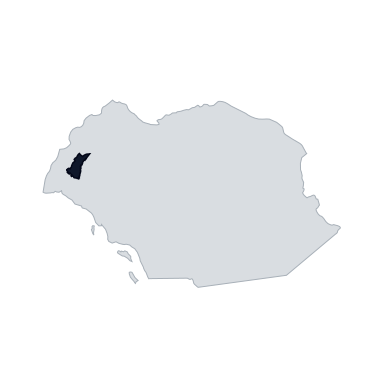 Nachingwea, Lindi, United Republic of Tanzania shown in context, rotated 140°
{"feature_id": "72390352B76457855664867", "entity_name": "Nachingwea", "entity_type": "district", "adm_level": 2, "iso_a3": "TZA", "parent_name": "United Republic of Tanzania", "parent_adm1": "Lindi", "projection": "robinson", "projection_center": [38.431, -10.327], "detail": "fine", "context": "in_parent", "style": "filled", "palette": "ink", "viewbox_px": 384, "rotation_deg": 140, "n_neighbors": 0, "source": "geoboundaries", "source_scale": "gbopen_adm2", "svg_char_len": 7346}
<svg xmlns="http://www.w3.org/2000/svg" viewBox="0 0 384 384"><g transform="rotate(140 192 192)"><path d="M151.9,263.0L148.6,261.0L145.5,259.8L143.0,258.5L141.9,257.2L139.6,256.7L137.6,256.4L135.7,255.2L131.9,254.8L131.4,254.0L131.4,252.2L130.7,251.7L129.3,251.2L127.8,251.3L126.9,251.5L126.4,251.4L125.1,250.3L123.9,249.0L123.5,246.8L121.7,245.5L119.7,244.4L114.1,244.5L113.2,244.2L111.9,243.1L110.3,241.3L109.0,239.2L107.9,236.4L106.8,232.7L100.3,217.7L99.6,214.9L98.3,211.7L96.2,207.9L94.0,205.0L91.1,202.4L87.7,199.8L85.9,198.1L82.4,191.0L81.7,187.7L81.1,184.3L81.3,182.9L83.5,178.5L83.7,177.3L83.4,175.6L82.3,172.1L81.0,167.8L78.2,160.1L77.8,158.1L77.8,156.6L79.4,148.8L79.4,147.7L85.8,147.8L90.5,144.3L94.6,139.2L95.4,137.0L97.1,133.7L98.8,132.1L99.4,130.9L100.3,127.6L102.5,125.4L104.6,123.7L104.1,122.5L104.4,122.0L105.6,121.1L107.8,120.3L108.2,118.6L108.2,116.6L107.9,115.5L107.9,114.3L107.6,113.6L106.1,113.4L104.0,112.4L102.1,112.0L100.9,111.5L100.5,111.0L100.3,109.8L101.3,106.8L100.3,105.6L102.5,100.6L102.9,100.0L103.7,99.9L105.0,99.4L106.2,99.1L107.2,99.3L107.9,99.1L108.5,98.5L109.1,96.8L109.5,94.0L109.3,91.7L108.3,89.9L108.1,87.2L108.5,83.5L108.2,80.5L107.1,78.1L106.1,76.6L104.5,76.0L101.9,72.3L101.1,70.5L101.3,69.3L102.1,68.9L103.8,69.0L105.3,68.6L106.7,67.6L108.1,67.3L108.8,67.5L173.2,67.5L248.5,115.0L248.8,115.6L249.4,119.7L249.3,121.0L248.1,123.4L247.8,124.6L247.8,125.5L248.1,125.8L249.1,126.0L249.9,126.5L250.2,127.0L250.8,128.7L251.7,129.6L280.3,153.0L280.9,153.3L280.5,155.3L278.9,160.0L278.8,162.0L278.2,164.3L277.5,165.9L275.9,172.5L274.5,175.0L272.6,180.9L272.3,185.4L273.4,188.5L273.8,191.4L276.0,194.3L277.7,195.3L278.9,196.7L281.0,199.7L282.2,202.7L286.0,204.2L287.5,207.6L287.0,209.9L285.2,211.8L283.6,214.9L282.2,219.0L282.2,225.3L283.1,224.4L285.1,225.9L285.4,230.5L283.3,235.9L282.7,238.4L282.6,240.6L284.0,247.0L286.3,250.3L286.1,251.3L285.6,252.2L289.4,258.0L289.1,263.0L290.6,267.0L291.2,270.4L292.2,273.0L292.3,274.8L291.1,276.8L294.0,277.3L295.6,278.9L296.4,280.5L298.5,280.4L299.6,281.5L301.2,282.4L304.7,285.0L305.7,286.3L306.2,287.6L296.5,295.9L293.0,298.0L290.5,299.0L287.8,299.5L285.3,300.9L282.9,302.9L279.8,303.9L276.0,303.9L272.1,305.4L265.9,309.7L262.3,307.3L259.5,306.5L256.2,306.6L254.2,306.9L253.5,307.4L252.9,308.9L252.4,311.3L250.3,313.6L246.5,315.8L243.1,316.6L239.9,316.0L237.8,315.1L236.7,313.8L235.0,313.2L232.9,313.3L230.8,314.2L228.8,316.0L225.6,316.7L221.3,316.5L218.9,315.7L218.6,314.2L216.7,312.5L213.2,310.6L210.6,310.6L209.0,312.4L207.5,313.6L206.1,314.1L204.9,314.1L203.2,313.6L198.3,313.4L193.8,313.5L193.3,310.8L192.4,309.2L191.5,308.2L190.0,308.0L189.5,307.2L189.0,305.6L188.2,304.2L187.2,303.0L186.6,301.9L186.3,300.9L186.5,299.8L187.5,297.1L187.7,295.2L187.6,293.3L187.1,291.3L186.0,289.0L186.1,288.3L185.8,286.7L185.7,285.6L185.9,284.2L185.7,282.4L184.8,278.5L184.8,277.5L183.8,275.6L180.7,271.1L180.6,270.5L175.8,266.0L173.9,265.0L173.2,265.9L173.0,266.7L173.2,268.1L173.1,268.8L172.9,269.2L171.7,269.1L171.0,268.9L169.2,267.7L167.8,267.4L164.3,267.7L163.1,267.9L162.2,267.7L160.3,265.6L158.2,265.2L156.2,265.1L153.0,262.7L151.9,263.0ZM286.5,187.8L288.1,192.7L287.9,193.7L286.8,194.2L286.2,194.3L285.5,193.5L285.0,191.8L284.2,192.2L282.8,190.2L281.3,190.1L280.1,187.7L280.6,185.7L280.3,182.1L281.8,180.3L282.7,177.3L283.7,179.3L283.9,182.6L285.2,186.4L286.5,187.8ZM294.1,158.3L294.2,159.5L293.9,160.6L294.0,164.1L293.9,166.4L292.7,169.6L291.7,170.8L290.9,170.5L290.2,169.9L289.6,169.0L290.7,163.1L290.2,158.8L292.4,159.2L294.1,158.3ZM290.9,229.7L289.8,230.0L289.4,229.7L288.7,228.8L289.9,227.9L291.0,226.3L293.7,224.0L294.9,222.1L294.7,223.9L293.2,227.9L291.9,228.2L290.9,229.7Z" fill="#d9dde1" stroke="#a8b0b8" stroke-width="1"/><path d="M245.8,287.0L246.2,287.3L246.6,287.4L246.7,287.5L246.8,287.6L247.0,287.7L247.2,287.8L247.5,287.9L247.6,288.1L247.8,288.4L247.9,288.5L248.0,288.6L248.6,288.7L248.9,288.8L249.2,289.0L249.5,289.2L249.8,289.2L250.6,289.4L250.9,289.5L251.1,289.4L251.3,289.5L251.5,289.5L251.8,289.5L252.0,289.4L252.3,289.5L252.5,289.4L253.0,289.5L253.0,289.8L253.0,290.0L252.9,290.1L253.0,290.2L253.1,290.3L253.2,290.6L253.3,290.7L253.3,290.9L253.3,291.0L253.5,291.3L253.4,291.5L253.4,291.8L253.5,292.3L253.5,292.7L253.5,293.0L253.5,293.7L253.5,293.9L254.2,293.9L254.6,293.9L254.8,293.9L255.1,293.8L255.2,293.7L255.4,293.7L255.7,293.7L255.8,293.6L256.3,293.5L256.4,293.3L256.6,293.3L256.9,293.2L257.1,293.1L257.8,292.8L258.3,292.7L258.5,292.8L258.6,292.7L258.9,292.8L259.2,292.8L259.8,293.0L260.0,292.9L260.5,292.8L260.8,292.8L261.3,292.7L261.5,292.3L261.5,291.8L261.5,291.3L261.5,290.9L261.8,290.8L262.5,290.8L262.9,290.8L263.2,290.9L264.5,290.9L264.9,290.6L265.3,290.5L266.0,290.2L266.5,289.9L266.9,289.7L267.0,289.6L267.3,289.5L267.6,289.3L267.8,289.1L268.0,289.0L268.5,288.5L269.5,288.5L269.8,288.4L270.2,287.9L270.3,287.9L270.5,288.0L270.6,288.3L270.6,288.5L270.7,288.8L270.8,288.8L271.0,288.9L271.1,289.0L271.3,289.3L271.4,289.5L271.6,289.5L271.8,289.5L272.0,289.6L272.4,289.6L272.5,289.5L272.8,289.6L273.0,289.5L273.6,289.4L273.7,289.5L273.8,289.4L273.8,289.2L274.0,289.0L274.0,288.2L274.0,287.6L274.1,287.0L274.1,286.9L274.2,287.0L274.5,287.1L274.8,287.2L274.8,286.4L274.8,286.2L274.8,285.8L274.8,285.4L274.2,285.0L273.7,285.0L273.6,284.9L273.4,284.8L273.4,284.7L273.5,284.6L273.4,284.6L273.5,284.4L273.5,284.2L273.4,284.0L273.4,283.8L273.3,283.7L273.1,283.1L272.9,282.6L273.1,282.5L273.3,282.5L274.1,282.4L274.3,282.2L274.2,281.8L274.2,281.3L273.9,281.3L273.7,281.4L273.4,281.0L273.1,280.9L272.9,280.6L272.8,280.4L272.9,280.2L273.0,280.2L273.0,279.9L273.0,279.7L273.1,279.4L273.0,279.2L273.1,278.7L272.9,278.5L272.8,278.4L272.7,278.2L272.5,277.9L272.3,277.9L272.2,277.7L271.6,277.1L271.4,276.9L271.3,276.5L271.3,276.2L271.1,276.0L270.8,276.0L270.8,275.9L270.7,275.6L270.6,275.4L270.5,275.1L270.4,274.9L270.2,275.0L270.1,274.9L269.9,275.0L269.8,275.3L269.7,275.3L269.5,275.2L269.4,275.2L269.4,275.3L269.2,275.5L269.0,275.9L268.9,275.9L268.9,276.0L268.7,276.1L268.5,276.4L268.3,276.3L268.2,276.3L268.2,276.6L267.9,276.7L267.8,276.8L267.7,276.8L267.4,276.9L267.2,276.9L267.1,277.0L266.9,277.1L266.9,277.3L266.8,277.5L266.7,277.5L266.6,277.8L266.4,278.0L266.1,278.2L265.9,278.2L265.7,278.2L265.4,278.3L265.2,278.5L264.9,278.7L264.9,278.9L264.7,278.9L264.6,279.0L264.4,279.2L264.2,279.3L264.0,279.6L263.8,279.6L263.7,279.8L263.8,279.9L263.8,280.0L263.7,280.0L263.4,280.2L263.3,280.4L263.2,280.4L263.1,280.6L263.1,280.8L262.9,280.9L262.8,281.1L262.7,281.2L262.6,281.4L262.5,281.5L262.4,281.5L262.1,281.5L262.1,281.8L261.9,282.0L261.7,282.0L261.7,282.3L261.5,282.5L261.4,282.5L261.4,282.4L261.2,282.5L261.0,282.8L261.0,283.0L260.8,282.9L260.7,282.9L260.6,283.0L260.5,283.3L260.4,283.6L260.2,283.6L260.2,283.8L260.0,284.1L259.9,284.1L259.8,283.7L259.7,283.7L259.5,283.8L259.4,283.7L259.2,283.6L258.8,283.5L258.7,283.6L258.5,283.8L258.4,283.8L258.2,283.9L258.1,284.1L257.8,284.2L257.6,284.3L257.3,284.4L257.2,284.6L256.9,284.8L256.9,285.0L256.7,285.2L256.4,285.2L256.0,285.3L255.8,285.3L255.4,285.4L255.2,285.5L254.8,285.7L254.7,285.6L254.4,285.7L254.2,285.7L254.0,285.4L253.9,285.3L253.7,285.1L253.5,285.3L253.2,285.4L252.9,285.4L252.8,285.6L252.6,285.7L252.4,285.7L252.4,285.9L252.2,285.9L252.0,286.0L251.9,286.0L251.7,285.9L251.4,285.9L251.2,285.8L251.2,285.7L250.9,285.9L245.8,287.0Z" fill="#0f172a" stroke="#020617" stroke-width="1.5"/></g></svg>